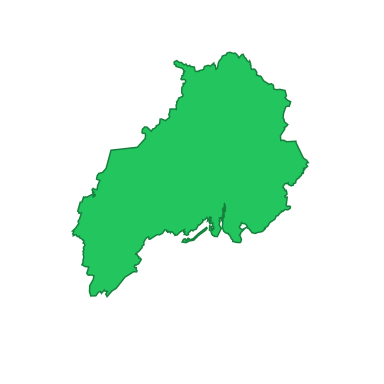 outline of Ballina Lea-6, Mayo, Ireland, rotated 124°
{"feature_id": "5873133B94480778200635", "entity_name": "Ballina Lea-6", "entity_type": "district", "adm_level": 2, "iso_a3": "IRL", "parent_name": "Ireland", "parent_adm1": "Mayo", "projection": "robinson", "projection_center": [-9.261, 54.165], "detail": "fine", "context": "isolated", "style": "filled", "palette": "green", "viewbox_px": 384, "rotation_deg": 124, "n_neighbors": 0, "source": "geoboundaries", "source_scale": "gbopen_adm2", "svg_char_len": 6073}
<svg xmlns="http://www.w3.org/2000/svg" viewBox="0 0 384 384"><g transform="rotate(124 192 192)"><path d="M91.6,278.2L94.2,279.5L96.0,278.1L95.7,276.4L96.8,275.5L94.9,269.2L95.9,266.5L96.6,266.2L96.3,265.6L98.6,265.6L98.9,264.8L100.1,264.5L101.1,265.4L102.7,264.4L104.5,264.4L104.8,263.5L103.0,261.1L103.0,259.8L104.4,258.9L106.5,258.7L106.7,260.0L107.5,259.9L108.4,258.6L110.9,258.9L115.7,255.8L116.5,253.7L117.9,253.2L121.7,255.6L123.7,254.8L125.9,255.2L127.0,254.0L129.1,253.6L131.9,251.2L132.4,251.2L132.6,252.4L135.5,256.6L138.3,255.0L140.5,254.7L141.6,253.6L141.6,252.8L142.9,252.5L147.6,253.9L148.5,258.0L149.4,259.2L153.4,257.0L155.4,257.5L157.0,258.7L158.1,258.1L160.5,258.7L161.7,259.8L164.4,259.6L163.4,265.6L164.5,267.6L167.7,268.2L170.7,266.7L170.9,265.5L169.8,264.4L170.2,262.7L173.7,260.7L185.5,262.3L202.6,282.5L220.5,276.4L226.1,277.2L228.7,279.7L231.5,279.7L234.8,278.3L233.9,274.9L239.5,273.8L243.1,272.0L244.4,274.8L244.3,276.0L245.7,276.2L246.4,275.7L247.1,274.0L248.3,274.6L247.2,273.1L249.0,273.1L249.3,271.9L248.3,270.8L249.7,270.4L251.3,271.1L250.2,272.2L250.2,273.6L255.2,276.4L255.8,277.8L256.7,278.0L256.8,279.1L261.8,277.7L263.1,278.9L271.8,276.0L271.8,274.9L272.8,273.8L271.3,271.9L277.5,270.1L279.9,270.1L281.5,268.3L287.1,268.3L291.2,269.2L290.7,268.0L293.5,267.4L293.5,266.5L294.6,266.0L292.2,264.4L293.1,262.1L291.8,260.6L292.5,260.4L292.8,259.5L292.5,257.1L292.9,256.3L292.5,255.7L293.1,255.0L293.0,254.1L295.2,253.7L294.9,252.3L296.4,250.9L298.4,251.0L299.3,250.7L299.9,249.5L302.5,249.0L302.9,247.9L304.4,247.5L306.3,245.3L309.6,244.2L311.3,242.9L313.9,242.6L313.5,238.7L311.9,235.6L318.3,233.7L319.0,231.5L317.0,229.0L316.3,226.5L319.5,225.0L326.8,224.4L331.9,221.3L334.8,217.8L331.8,213.7L328.1,213.6L326.1,212.8L325.8,212.1L326.7,210.4L322.4,209.9L323.0,209.3L322.4,207.8L321.8,207.5L321.7,206.5L324.9,206.4L326.2,203.9L318.7,203.0L314.2,201.0L300.3,200.0L290.8,195.9L289.2,193.3L288.1,193.5L287.4,195.0L285.8,195.9L286.7,197.4L285.5,198.3L284.3,198.4L283.9,197.5L281.4,196.1L276.4,196.3L275.7,197.7L276.7,199.1L275.2,200.0L275.5,201.0L274.6,202.5L274.9,203.3L274.3,203.4L275.0,203.9L274.7,204.2L270.6,202.8L266.2,202.3L264.5,203.0L262.7,202.3L260.4,204.0L256.1,204.2L254.0,203.4L253.5,202.9L255.1,201.3L254.8,200.5L246.9,197.1L245.7,195.0L242.7,193.4L238.3,193.4L237.9,191.8L238.7,191.2L237.3,189.8L238.7,190.4L239.0,189.6L237.5,188.5L237.7,187.9L237.0,187.4L237.6,187.0L236.5,186.8L236.1,185.5L236.9,183.4L236.6,182.5L237.5,181.9L235.9,180.3L231.9,179.6L227.6,177.3L229.3,177.0L229.9,176.3L229.2,175.6L231.5,174.7L230.8,173.7L230.9,172.4L229.9,171.4L229.0,171.2L227.8,172.4L225.6,171.4L224.6,171.6L223.7,171.1L223.7,169.4L222.5,169.3L220.4,167.7L215.5,168.3L215.2,167.4L210.7,166.3L209.2,167.5L209.1,166.7L207.4,165.7L204.8,165.4L206.2,163.2L207.2,162.9L206.1,162.5L206.4,162.0L204.0,163.3L202.5,163.1L202.4,161.7L203.5,161.8L203.3,161.2L203.8,161.9L205.1,161.5L204.4,161.1L205.3,160.7L205.1,160.2L206.1,160.3L205.4,161.1L206.1,161.7L207.4,160.9L208.4,159.2L207.6,159.2L207.4,159.8L206.1,160.1L207.3,158.5L206.4,157.3L205.1,157.9L208.3,156.2L208.8,155.7L208.5,154.9L211.1,154.2L210.2,153.5L212.1,153.4L212.0,154.5L212.4,154.6L209.8,156.8L210.3,158.4L213.9,156.2L213.8,154.6L215.9,152.0L216.4,150.4L215.9,149.2L216.3,148.6L214.8,146.1L206.1,147.3L203.9,151.2L201.5,152.2L200.8,153.2L198.6,153.7L199.0,153.9L198.4,154.7L197.0,153.8L197.7,152.8L195.1,152.5L194.8,153.4L191.8,154.5L191.0,155.6L190.6,155.7L190.5,154.6L189.7,154.9L188.9,155.7L189.4,156.8L189.1,157.0L185.3,157.1L184.3,158.4L183.6,158.5L184.8,156.6L187.8,156.0L186.8,155.3L188.5,154.7L188.5,153.8L191.5,153.9L194.8,151.3L196.8,152.0L199.3,151.6L197.6,150.9L204.6,146.9L206.8,143.6L207.1,141.0L206.0,138.7L206.8,138.1L206.7,136.6L208.8,133.2L209.0,131.5L210.2,130.5L208.7,126.5L207.1,123.9L206.3,123.6L203.6,124.6L201.5,127.5L201.2,128.7L199.7,128.2L198.8,128.9L191.9,127.6L194.9,129.2L195.3,130.6L194.9,132.7L193.9,133.5L192.5,132.9L189.8,133.8L190.0,132.9L188.7,130.4L189.0,128.1L189.7,126.8L191.2,127.3L190.4,124.3L191.2,122.7L191.7,122.9L191.1,122.6L192.2,119.5L190.8,116.1L189.3,115.4L185.5,111.6L182.7,110.9L181.6,111.5L181.3,110.7L180.5,111.2L177.9,110.1L173.9,110.4L168.2,108.1L164.7,108.7L163.5,107.5L160.2,107.3L158.4,106.5L157.8,107.0L157.2,105.8L154.6,105.1L153.1,102.5L150.5,101.5L149.0,102.3L149.5,103.8L150.8,104.9L150.3,106.5L143.0,110.2L144.2,111.8L143.6,112.8L140.8,112.0L139.0,113.5L138.0,114.9L138.9,115.4L138.8,116.0L137.8,116.7L137.2,119.2L136.0,119.6L133.1,119.6L131.9,118.0L130.7,117.5L131.9,116.3L131.5,113.4L129.7,111.8L128.4,112.6L126.5,111.2L124.6,112.1L122.2,112.1L120.8,111.2L119.0,111.5L118.9,111.0L116.4,110.7L115.3,111.2L114.6,110.5L114.2,111.1L113.8,110.4L110.4,112.4L110.4,111.3L109.1,112.1L108.9,111.4L106.1,110.5L105.1,112.9L103.9,113.1L102.6,112.0L101.6,114.9L101.6,118.6L93.2,133.0L91.8,134.3L97.4,141.6L97.8,145.0L99.6,147.2L95.9,150.2L88.1,150.3L87.2,150.8L87.1,151.5L84.8,150.4L82.5,150.3L82.2,154.6L80.2,156.5L79.6,158.0L75.5,160.1L69.0,161.9L67.0,160.5L66.6,159.3L62.0,160.7L62.5,164.2L61.9,167.5L59.5,167.5L55.8,171.6L57.8,176.6L59.8,178.9L60.9,181.7L57.9,184.3L57.9,186.8L60.0,188.7L59.6,189.2L59.8,194.7L57.6,199.5L57.8,200.6L58.4,200.9L58.5,203.3L59.1,203.8L56.5,205.3L55.4,207.6L55.2,208.7L55.7,209.9L57.0,210.9L56.2,212.6L54.0,214.0L53.8,215.0L52.9,215.2L51.1,217.5L52.2,217.4L52.5,219.4L51.1,222.1L50.9,224.0L49.2,226.6L50.2,227.5L54.6,228.2L53.2,230.7L52.7,233.9L54.1,235.4L54.9,238.6L57.0,240.6L59.4,240.5L62.1,242.8L65.9,242.2L67.5,242.8L70.5,242.2L74.5,240.4L76.4,240.4L76.9,240.8L73.9,243.6L74.3,244.7L72.9,246.0L77.4,247.2L77.9,249.4L81.0,251.9L83.6,251.0L84.6,251.3L86.8,253.5L88.3,253.8L88.1,254.4L89.8,255.8L89.8,257.4L87.1,259.9L88.8,263.5L88.2,264.6L90.2,266.2L89.3,268.6L91.1,269.7L90.5,273.1L91.7,275.0L91.6,278.2ZM236.0,172.6L239.0,172.2L237.3,168.6L234.3,167.0L230.9,163.6L224.6,162.4L216.0,159.3L213.6,159.2L213.2,160.1L222.7,163.3L230.0,164.9L232.4,166.7L232.5,169.3L232.9,169.5L233.2,168.5L235.6,169.8L234.6,170.7L234.7,171.6L236.0,172.6Z" fill="#22c55e" stroke="#15803d" stroke-width="1.5"/></g></svg>